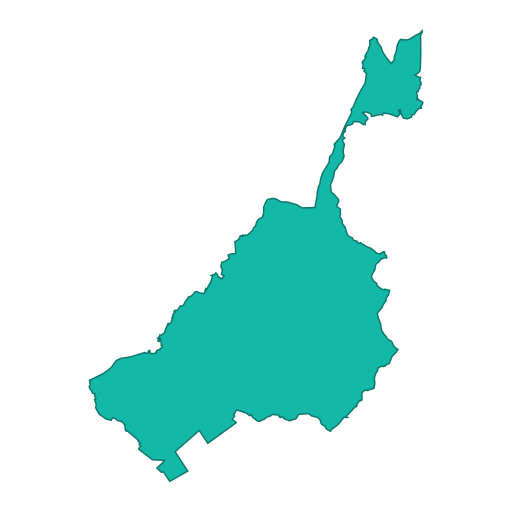 Mihaileni, Harghita, Romania
{"feature_id": "2599482B41839360493249", "entity_name": "Mihaileni", "entity_type": "district", "adm_level": 2, "iso_a3": "ROU", "parent_name": "Romania", "parent_adm1": "Harghita", "projection": "mercator", "projection_center": [25.857, 46.528], "detail": "fine", "context": "isolated", "style": "filled", "palette": "teal", "viewbox_px": 512, "rotation_deg": 0, "n_neighbors": 0, "source": "geoboundaries", "source_scale": "gbopen_adm2", "svg_char_len": 6027}
<svg xmlns="http://www.w3.org/2000/svg" viewBox="0 0 512 512"><path d="M169.8,481.3L187.7,471.1L175.1,451.7L199.2,430.4L207.8,443.3L236.2,422.7L232.2,419.1L234.7,416.2L234.1,415.3L234.0,413.6L234.5,413.6L236.0,410.8L237.1,410.0L247.7,413.6L247.7,414.2L249.6,415.7L251.1,414.4L251.5,415.9L252.0,416.0L252.7,417.3L256.9,420.6L258.7,421.3L260.8,420.9L263.2,419.3L263.9,419.5L267.0,417.0L270.2,416.1L272.4,414.4L276.4,414.9L277.5,414.5L279.5,416.3L279.3,417.0L280.5,417.5L281.7,416.6L283.3,417.4L283.5,418.3L289.6,420.9L290.9,420.1L291.7,420.3L292.1,419.8L296.0,418.8L298.7,414.3L308.7,413.6L311.6,415.9L318.1,417.7L320.3,420.3L321.2,423.7L321.8,424.4L325.1,426.3L325.6,427.9L327.0,429.5L330.5,431.3L331.6,429.3L336.6,425.7L340.1,422.3L343.4,417.7L344.5,417.3L347.4,417.4L346.2,416.4L355.3,406.7L356.1,406.8L357.0,405.8L356.7,404.5L359.8,400.3L360.8,400.7L362.0,399.9L361.9,392.7L364.8,390.2L367.3,390.5L374.1,388.2L374.8,383.4L374.4,378.6L374.7,376.6L375.8,373.2L377.3,371.5L378.1,368.0L381.4,366.2L383.4,366.5L385.0,366.0L387.6,363.9L389.1,363.7L392.2,356.2L396.5,351.9L397.1,350.5L398.1,349.6L395.5,347.8L393.3,345.5L391.8,341.5L387.5,339.1L385.8,336.1L384.3,334.7L382.8,332.1L382.0,331.5L380.8,326.5L380.7,324.1L378.3,317.9L377.2,313.4L382.3,307.2L382.9,305.1L386.1,300.5L386.0,298.7L386.5,297.4L388.3,295.3L389.6,290.4L384.9,289.2L384.4,289.8L382.4,289.4L378.6,287.0L377.0,285.3L376.7,283.5L373.5,280.9L371.3,276.7L373.0,272.8L374.8,269.8L375.6,265.1L376.4,263.7L378.7,262.0L380.7,259.4L382.1,258.6L384.6,257.8L386.6,258.1L386.6,255.7L385.2,254.9L384.3,251.7L383.4,251.8L380.2,253.8L379.2,253.9L375.9,252.8L375.3,251.8L370.7,248.2L366.4,246.7L363.7,244.6L362.7,244.5L360.7,242.7L358.2,243.4L357.1,241.3L353.5,240.2L352.2,237.7L350.2,237.1L348.3,235.7L347.1,233.9L344.9,226.8L343.6,225.5L342.3,223.4L342.2,220.5L339.7,216.3L340.4,214.5L340.3,209.3L336.5,205.9L338.8,201.3L338.5,199.5L334.0,194.3L331.7,192.6L331.2,191.3L330.4,185.0L332.6,179.8L333.9,175.5L334.0,173.6L334.8,170.5L336.5,168.9L338.6,165.0L342.2,161.1L344.1,156.3L343.2,152.2L343.3,149.9L344.4,144.5L342.6,140.9L342.4,139.8L344.8,138.1L343.3,136.7L342.8,134.8L343.4,133.3L345.5,131.0L345.1,128.9L345.7,128.2L345.9,126.9L347.8,125.3L350.5,124.9L352.2,124.1L353.0,123.2L353.4,121.5L358.5,121.8L360.3,122.4L363.4,124.6L365.2,124.5L365.0,123.1L365.6,121.5L368.1,118.6L366.2,116.1L362.5,112.5L365.9,111.9L368.8,112.9L370.9,113.9L371.6,116.4L380.5,114.4L382.6,115.1L383.1,113.0L384.5,112.9L384.7,113.4L388.0,113.5L397.6,116.8L400.1,113.7L399.2,111.7L399.7,111.9L399.5,111.0L399.8,110.5L399.2,109.9L400.5,109.6L400.6,112.8L403.4,118.1L407.4,118.8L411.2,117.3L412.2,114.7L414.2,114.4L416.3,111.0L418.1,109.2L419.5,108.3L421.4,108.1L420.8,106.6L422.6,103.6L422.8,102.4L421.2,101.1L419.8,100.8L418.0,99.0L417.0,99.7L417.4,96.4L416.9,94.4L416.3,93.7L417.3,91.7L418.2,91.4L418.5,89.5L419.8,88.3L419.7,86.0L420.9,84.9L421.2,84.1L421.0,82.7L420.0,80.8L419.9,79.4L420.4,78.5L420.5,77.3L418.8,77.2L414.9,75.1L418.1,73.0L419.9,71.1L420.4,67.5L420.8,51.0L420.6,35.3L422.4,31.7L422.2,30.7L419.6,33.5L416.5,34.9L409.6,39.1L406.3,40.0L400.5,39.4L398.5,42.2L397.0,46.2L396.4,51.0L395.0,54.7L394.3,57.3L394.1,60.5L392.7,61.5L391.3,63.6L386.0,57.2L382.8,52.2L380.9,46.8L378.3,43.3L377.5,41.4L377.3,39.6L376.3,38.6L373.4,37.3L372.5,38.8L369.7,40.5L369.9,44.8L369.5,46.5L368.8,47.5L368.1,50.7L365.4,54.9L365.3,56.1L365.1,56.2L365.9,56.9L365.0,58.0L365.3,59.0L363.6,60.7L363.3,61.7L362.7,61.3L362.3,62.2L363.1,65.4L362.5,68.4L364.6,68.4L365.1,68.8L363.8,70.9L366.7,73.8L366.3,74.7L365.2,83.1L360.6,90.7L356.6,98.7L353.3,106.8L350.9,109.7L351.6,111.0L351.6,113.1L344.7,126.5L340.2,137.6L334.2,144.3L334.6,146.3L334.4,148.1L332.7,153.0L331.1,155.5L329.8,156.6L329.4,158.3L329.2,162.2L322.4,173.3L320.6,179.1L319.8,184.2L318.4,187.0L317.2,193.0L317.2,195.4L314.9,207.6L302.0,207.9L297.2,204.9L287.8,202.1L281.0,201.9L276.7,199.3L273.3,198.3L268.0,199.3L267.3,199.8L265.6,202.3L263.7,207.2L263.6,213.0L262.5,217.0L261.1,218.3L259.8,218.5L258.6,219.3L256.6,222.0L255.6,225.9L253.9,227.6L252.3,230.8L250.2,232.5L249.6,233.5L249.1,233.5L247.0,235.5L245.3,234.9L244.9,235.5L243.3,235.7L243.3,235.1L242.9,235.0L242.4,236.5L241.4,235.6L240.3,235.9L238.9,239.0L237.5,240.4L234.9,241.7L235.5,248.1L235.6,253.7L230.9,253.9L228.1,255.1L229.3,258.7L224.6,261.5L221.9,262.1L220.9,266.1L221.6,268.6L222.5,269.7L221.4,274.3L224.1,275.9L221.9,278.9L218.1,276.6L217.3,274.5L215.9,272.9L214.7,274.4L211.2,275.4L212.5,276.4L210.3,283.5L210.0,283.4L206.5,289.6L205.8,288.7L204.1,293.7L199.6,292.9L197.2,291.8L195.4,291.7L191.2,296.2L188.3,297.0L187.3,299.4L187.0,299.3L185.1,301.9L183.6,305.0L182.0,306.2L180.3,305.9L177.4,310.4L175.8,310.2L174.3,310.7L174.1,311.3L174.9,311.7L174.9,312.4L174.1,312.8L173.6,314.1L172.9,314.6L172.6,316.0L173.3,316.6L172.0,317.5L171.9,318.3L172.8,318.6L172.0,319.7L171.9,320.9L171.3,321.3L171.5,321.8L169.7,324.1L168.4,323.4L167.9,323.6L167.6,324.9L167.9,325.3L167.3,325.5L166.2,327.7L164.4,333.0L160.6,335.4L159.9,335.1L159.9,335.9L158.7,337.1L159.9,338.3L157.7,338.3L158.6,339.7L159.5,339.7L158.1,340.5L157.9,341.0L159.2,341.5L159.9,340.8L160.7,340.9L161.5,344.3L161.0,345.2L162.3,346.4L161.7,347.6L159.9,349.0L159.8,349.8L158.1,349.8L156.9,350.6L156.0,352.0L156.2,352.5L155.1,353.4L150.9,353.6L149.8,352.3L149.8,350.4L148.2,351.1L148.7,352.6L146.7,353.2L145.4,353.3L145.1,352.4L130.5,356.9L120.3,358.5L116.1,360.7L111.5,367.3L107.2,370.7L103.0,373.7L89.5,380.3L90.2,382.6L89.8,382.8L90.2,383.5L90.2,385.3L89.4,386.0L89.2,386.8L89.9,388.9L91.2,390.3L92.3,392.9L93.2,393.5L94.7,393.5L94.7,396.0L95.8,398.0L95.7,398.5L94.5,399.4L96.1,403.9L96.2,405.4L95.6,407.7L99.2,414.1L106.0,419.0L111.2,420.3L112.6,417.6L116.0,419.0L116.8,420.1L118.1,420.7L122.2,421.8L124.9,425.1L125.5,430.5L126.5,431.2L127.3,430.9L138.6,440.4L138.0,441.0L140.3,443.4L139.2,444.4L140.7,446.0L139.1,448.0L138.7,449.0L139.2,449.6L141.4,450.8L141.1,451.1L152.5,459.8L164.5,460.3L163.2,461.7L163.4,462.1L156.9,468.0L161.4,472.4L163.4,471.8L169.8,481.3Z" fill="#14b8a6" stroke="#0f766e" stroke-width="1.5"/></svg>